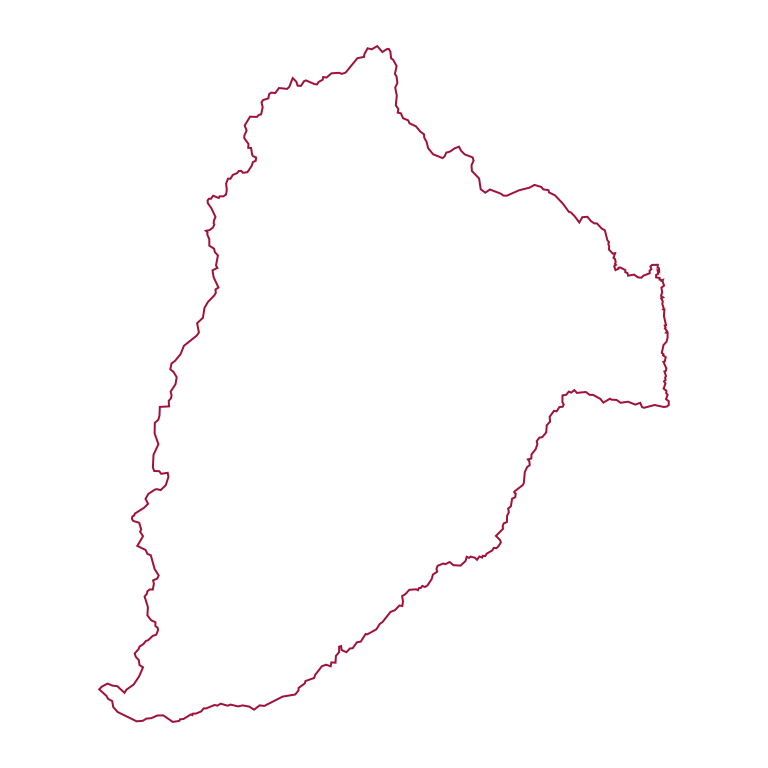 the district of Rioblanco, Tolima, Colombia
{"feature_id": "7082276B59142300136045", "entity_name": "Rioblanco", "entity_type": "district", "adm_level": 2, "iso_a3": "COL", "parent_name": "Colombia", "parent_adm1": "Tolima", "projection": "mercator", "projection_center": [-75.868, 3.473], "detail": "fine", "context": "isolated", "style": "outline", "palette": "rose", "viewbox_px": 768, "rotation_deg": 0, "n_neighbors": 0, "source": "geoboundaries", "source_scale": "gbopen_adm2", "svg_char_len": 6084}
<svg xmlns="http://www.w3.org/2000/svg" viewBox="0 0 768 768"><path d="M99.2,689.4L106.5,695.9L108.0,698.8L112.2,701.1L113.2,707.0L117.6,712.0L136.6,721.3L142.8,720.8L146.4,718.6L151.3,718.2L157.3,715.5L163.3,715.4L172.8,721.9L177.7,721.2L179.5,720.7L180.0,719.3L183.5,719.0L191.1,714.3L192.3,715.1L193.1,713.6L195.9,713.6L201.2,711.4L203.8,708.3L205.9,708.5L214.5,705.0L217.5,705.6L220.6,703.7L227.7,705.7L230.6,704.6L238.1,706.4L242.6,705.4L249.3,706.6L254.0,709.7L259.6,705.4L264.4,705.9L282.6,696.6L295.2,694.5L298.5,690.4L298.6,687.9L304.7,683.5L305.5,681.0L314.1,678.0L315.3,674.7L321.9,666.2L326.1,664.7L330.7,666.3L331.4,662.4L335.5,662.7L335.9,655.9L339.1,652.2L339.1,646.7L341.1,646.1L341.6,650.0L346.4,652.2L349.9,648.5L352.7,648.2L356.9,642.3L360.8,641.6L365.6,634.0L367.2,634.4L376.4,629.3L379.7,624.0L382.6,621.9L390.5,611.9L394.9,610.2L399.4,605.5L402.3,606.0L403.0,601.6L402.1,596.1L405.4,594.1L409.3,589.8L416.1,589.3L418.0,590.2L418.8,588.2L421.0,587.8L422.3,585.9L424.9,587.0L427.4,585.5L431.7,579.0L432.9,574.6L437.2,571.7L436.5,568.9L437.6,565.8L443.3,563.5L445.4,564.2L449.6,562.0L453.4,565.2L460.6,565.6L465.5,561.0L466.7,556.8L469.0,557.9L470.7,556.6L475.0,557.8L477.0,559.8L479.4,556.5L482.2,557.5L482.7,555.8L485.3,556.1L486.6,553.7L492.4,550.3L493.7,547.9L496.4,548.2L498.5,546.2L500.9,542.4L500.0,540.0L495.9,535.9L503.0,528.8L502.7,526.0L503.7,523.4L506.9,522.1L507.1,515.7L508.9,512.2L508.1,508.6L510.9,506.3L512.1,498.7L515.2,497.3L515.7,493.6L514.2,492.5L514.4,491.5L522.8,485.0L523.8,483.0L524.8,472.1L527.1,467.1L529.7,465.2L529.4,461.4L527.9,459.4L531.3,458.5L531.5,454.4L535.6,449.3L537.4,444.1L536.7,441.2L539.4,437.6L542.2,437.2L546.2,432.4L546.8,425.2L550.1,421.6L549.6,416.9L554.0,410.8L556.6,411.3L559.4,407.1L562.8,406.7L563.7,404.4L562.4,402.3L562.5,395.4L566.2,394.8L568.8,391.6L571.3,392.6L574.3,390.1L576.9,392.9L585.8,392.0L589.8,394.9L593.1,394.9L600.4,398.9L603.3,402.6L610.0,398.7L611.3,399.6L616.6,400.0L620.6,402.8L628.0,401.7L635.3,404.6L640.2,402.8L642.0,407.0L644.0,407.8L654.6,405.0L663.9,407.0L667.0,406.5L668.8,405.0L668.7,401.2L666.0,399.1L667.6,394.7L666.2,393.2L666.4,390.8L663.6,388.6L665.5,383.5L664.0,381.4L665.6,379.9L665.1,377.6L666.0,376.1L664.4,371.4L665.7,371.0L666.4,368.6L663.4,361.8L664.8,361.4L665.7,357.1L663.0,355.3L663.5,354.2L661.8,352.9L663.5,345.0L666.5,341.8L667.6,337.5L667.6,332.8L666.1,332.6L667.2,331.3L664.9,328.4L665.6,327.7L664.7,325.5L666.0,325.1L663.9,316.0L664.4,309.6L663.1,309.3L663.7,308.2L662.3,304.0L662.8,301.4L661.1,298.3L663.1,297.4L661.0,295.9L662.2,292.4L661.4,287.7L664.1,285.6L662.5,281.2L662.9,280.0L661.3,280.8L660.8,279.6L659.6,279.6L659.5,277.9L656.1,277.4L656.1,274.9L658.2,273.9L657.6,270.4L659.2,271.5L659.0,268.3L657.6,267.5L657.8,264.8L652.2,264.9L650.4,266.4L651.4,269.1L649.6,270.7L649.7,273.3L643.5,275.6L641.4,277.7L638.0,277.4L634.0,274.6L628.1,275.7L627.4,273.0L625.3,272.2L625.3,270.1L620.4,267.5L618.5,267.7L618.5,268.7L615.5,270.1L614.2,266.3L615.9,264.9L614.9,264.0L615.7,262.4L615.1,259.2L613.5,257.8L615.1,253.2L612.7,253.6L608.9,249.5L609.2,246.5L608.3,243.9L609.0,242.3L607.4,240.2L604.8,230.2L601.9,228.7L596.9,223.4L594.3,223.4L590.9,221.1L587.4,216.8L582.3,217.2L579.3,222.5L574.6,216.2L570.7,212.3L568.9,211.9L563.0,203.8L555.0,195.3L549.1,192.5L548.4,190.2L543.1,189.3L541.4,187.0L534.5,184.9L529.4,187.7L519.0,190.3L506.8,195.7L503.3,195.6L501.1,193.8L489.9,189.5L485.3,192.7L480.7,189.2L479.1,178.5L471.9,171.0L471.5,165.3L473.6,160.5L472.6,157.4L464.7,154.4L460.9,150.5L459.0,146.7L454.5,148.4L450.2,151.5L446.3,152.6L444.6,156.3L442.6,158.1L433.1,154.3L428.1,148.1L426.6,141.9L424.2,137.6L424.0,134.3L420.4,131.7L415.9,126.3L409.5,123.3L408.2,120.4L403.0,118.2L400.9,113.3L397.7,112.6L398.4,109.1L395.8,105.3L396.8,95.6L395.2,87.6L397.4,82.9L396.5,76.4L394.9,73.9L396.6,66.1L393.1,59.7L391.1,58.3L390.4,51.7L388.8,48.9L386.7,49.2L382.3,52.0L377.2,46.1L371.8,49.3L367.6,48.3L364.4,54.1L364.0,56.9L357.4,58.2L345.6,72.6L341.7,73.9L339.5,72.8L331.5,73.3L326.5,77.6L323.2,77.0L322.7,79.7L318.7,81.9L317.1,84.4L314.5,84.1L306.0,80.4L304.1,81.1L301.0,85.8L297.6,85.7L296.4,81.8L292.7,78.1L289.3,86.9L287.1,88.9L279.0,88.0L275.2,93.1L271.3,92.6L269.2,94.0L268.3,98.4L263.1,100.0L261.5,102.3L262.7,107.2L261.1,114.4L258.8,114.9L256.9,116.9L250.0,116.7L244.7,125.5L246.6,130.5L244.3,135.7L244.3,138.2L248.5,144.0L248.2,147.8L251.1,148.0L252.1,154.6L253.1,156.2L256.1,157.5L255.7,160.8L252.9,162.1L251.7,165.8L247.4,172.2L243.0,172.8L241.2,170.8L238.7,171.1L237.2,173.1L232.8,174.9L230.4,178.8L228.0,178.6L226.1,183.6L226.8,190.0L226.0,194.5L223.5,196.3L219.7,196.3L218.8,198.0L213.2,195.7L210.9,198.8L209.0,198.7L207.6,200.4L207.8,203.2L211.4,208.3L215.5,217.0L214.0,220.4L213.6,223.1L214.3,224.4L213.0,227.5L209.6,230.1L205.9,230.8L207.5,232.4L207.3,234.6L209.3,239.2L209.3,245.7L214.0,248.6L214.9,252.1L217.9,255.5L216.0,265.5L217.4,267.9L212.5,270.3L213.6,277.2L218.5,287.6L215.5,289.4L215.8,292.8L214.3,295.4L207.9,302.0L204.5,307.9L202.9,317.8L197.1,323.2L198.9,332.5L196.7,335.6L183.9,345.8L180.6,354.1L175.1,360.8L171.5,363.5L170.3,369.3L173.5,371.9L176.7,377.2L175.5,384.2L170.6,391.7L171.6,395.3L170.9,398.4L168.7,400.9L169.1,406.4L159.8,406.9L159.5,415.6L158.3,419.8L154.8,422.8L154.6,433.4L158.4,444.2L153.5,454.8L152.9,467.6L154.2,471.0L159.2,471.2L161.2,473.8L167.7,472.8L168.4,477.0L165.8,485.1L160.7,490.1L156.7,489.1L154.7,489.7L148.3,494.0L145.5,498.9L148.1,503.8L144.0,507.8L134.7,513.7L134.3,515.4L132.3,516.5L132.0,519.1L133.2,520.9L139.2,522.8L141.2,529.4L140.1,531.8L143.0,536.2L137.3,545.9L145.6,550.0L147.4,553.9L150.8,555.3L154.6,569.0L158.7,575.5L157.2,578.6L153.1,580.4L153.9,583.7L152.8,589.6L149.8,589.4L147.4,591.2L146.9,593.8L144.6,596.5L147.9,607.1L147.4,615.4L151.2,620.3L155.4,622.2L155.4,626.0L157.8,628.0L157.9,630.5L156.3,634.6L152.7,635.9L148.3,640.1L145.8,641.0L143.4,644.1L139.6,646.5L138.6,649.1L134.7,653.4L135.8,656.9L138.8,660.1L139.5,665.1L143.0,667.3L139.1,676.4L133.6,684.6L126.5,689.6L124.5,692.8L117.3,686.2L112.4,685.6L107.5,683.6L101.6,686.8L99.2,689.4Z" fill="none" stroke="#9f1239" stroke-width="2"/></svg>